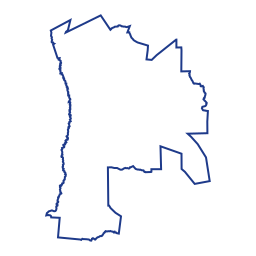 outline of Nuevo Casas Grandes, Chihuahua, Mexico
{"feature_id": "50627088B65630298438261", "entity_name": "Nuevo Casas Grandes", "entity_type": "district", "adm_level": 2, "iso_a3": "MEX", "parent_name": "Mexico", "parent_adm1": "Chihuahua", "projection": "albers", "projection_center": [-107.777, 30.506], "detail": "fine", "context": "isolated", "style": "outline", "palette": "blue", "viewbox_px": 256, "rotation_deg": 0, "n_neighbors": 0, "source": "geoboundaries", "source_scale": "gbopen_adm2", "svg_char_len": 5623}
<svg xmlns="http://www.w3.org/2000/svg" viewBox="0 0 256 256"><path d="M58.0,237.4L80.2,239.5L81.2,239.9L82.3,238.8L83.4,239.1L86.0,239.2L88.9,239.5L90.2,240.5L91.1,240.6L91.3,240.6L91.6,239.7L92.0,239.1L92.0,238.7L92.9,238.2L93.3,238.7L94.1,238.8L95.1,239.6L95.6,239.3L95.9,238.7L96.3,238.4L97.5,237.3L98.6,237.1L100.1,236.1L100.5,236.1L101.0,236.0L101.3,236.1L102.2,235.7L102.5,234.9L103.0,234.6L103.7,233.1L104.4,232.8L104.5,232.4L104.9,232.2L105.0,231.7L105.7,231.1L106.8,231.5L108.4,231.2L109.5,231.3L110.4,231.0L111.2,231.4L112.2,231.5L113.5,232.1L113.8,231.9L113.9,232.2L114.2,232.0L114.3,232.2L114.5,232.1L114.5,232.3L114.8,232.3L114.9,232.5L115.9,232.4L116.3,232.6L116.5,233.1L118.8,233.6L121.0,216.3L115.5,212.8L110.6,208.1L109.1,205.6L108.3,205.6L107.9,167.4L111.4,167.3L114.3,168.0L117.1,168.0L119.8,169.4L120.6,169.7L121.4,169.7L122.4,169.5L123.8,168.5L125.3,167.9L125.9,168.2L127.7,168.1L128.5,168.5L129.3,168.4L129.8,167.9L130.1,167.2L130.9,167.2L133.1,166.1L135.6,168.9L137.4,169.5L138.7,169.5L139.3,169.8L140.1,169.6L141.9,170.3L143.5,170.4L144.3,171.8L144.7,172.0L145.2,171.9L145.5,172.2L151.1,172.0L151.4,171.8L151.4,169.2L161.1,169.2L160.5,146.3L181.5,153.7L181.6,169.0L184.9,171.8L194.7,183.9L209.7,181.1L206.0,157.4L197.7,144.1L191.0,136.7L187.7,133.7L207.4,133.2L207.3,121.5L207.9,111.0L205.5,110.7L204.9,110.4L204.3,110.5L203.0,110.2L201.9,108.3L202.4,106.8L204.9,106.2L205.4,106.0L206.0,105.3L206.4,104.5L206.2,103.8L206.7,103.2L206.7,102.8L205.0,100.9L204.6,100.7L204.3,100.1L203.5,99.4L203.8,98.3L204.0,98.0L204.5,98.0L204.7,97.7L204.8,96.6L205.3,95.3L205.4,94.6L205.6,93.8L205.3,93.1L204.8,92.9L204.6,92.7L204.2,91.6L203.9,91.4L203.7,90.7L203.9,90.1L203.5,88.8L203.6,87.8L203.5,87.5L203.7,87.2L203.2,86.8L202.8,85.9L202.0,86.1L201.2,86.4L200.7,86.2L200.5,84.9L199.8,83.8L199.6,84.0L198.7,84.0L194.5,83.4L194.1,83.7L193.5,83.3L192.5,81.1L192.1,80.4L191.8,80.2L190.5,77.4L190.0,77.0L189.5,75.5L189.6,75.3L189.4,75.0L189.6,74.3L189.2,73.5L189.5,73.3L189.9,72.1L190.0,71.2L181.3,71.4L181.5,50.2L181.3,47.4L176.4,47.5L176.4,39.6L176.2,39.6L156.7,55.1L151.7,59.9L146.5,59.4L147.7,50.2L148.0,45.6L137.7,42.5L136.7,42.0L134.5,40.7L133.6,40.1L132.9,39.1L131.3,37.5L131.0,36.4L130.5,35.6L130.2,34.3L129.4,33.1L129.3,32.3L127.4,32.4L129.8,26.1L126.9,27.1L126.0,27.0L125.1,26.6L123.4,26.6L122.5,26.3L121.9,26.4L120.5,25.5L119.0,25.3L118.2,25.7L117.8,26.5L114.8,26.7L114.2,27.2L112.0,28.1L111.6,28.5L111.3,28.6L111.2,29.1L110.4,29.8L100.7,15.4L65.7,32.6L66.0,31.8L67.5,30.6L68.0,29.8L70.4,20.0L50.8,30.5L51.4,32.6L51.0,35.9L51.4,36.3L51.9,37.3L51.6,37.9L51.6,38.5L52.2,39.8L51.7,41.2L51.7,42.2L52.2,42.6L53.1,42.5L53.5,43.1L53.3,43.8L54.0,43.9L53.1,44.7L57.3,57.4L57.3,57.7L58.2,58.3L59.6,58.1L59.5,58.6L58.8,59.2L58.6,59.6L59.1,59.9L59.8,60.0L60.3,60.8L60.7,61.0L60.6,62.0L61.1,62.7L61.1,63.1L60.8,63.5L60.2,63.6L60.1,64.6L60.7,65.1L60.7,65.4L59.9,65.6L59.8,66.0L59.8,66.8L60.4,67.4L60.6,68.0L60.2,68.5L59.5,68.5L59.3,68.9L59.9,69.8L60.4,69.9L60.5,70.0L60.3,71.2L60.7,72.1L60.4,73.3L61.8,73.2L61.6,74.4L62.5,74.5L64.0,78.3L63.4,78.3L63.7,78.9L64.0,79.0L64.1,79.3L64.1,79.9L64.4,80.4L65.1,80.8L65.4,81.2L65.5,83.5L66.3,83.6L66.2,85.3L66.6,85.8L66.7,86.8L67.2,86.7L67.6,87.3L67.5,87.6L67.6,88.3L67.7,88.2L67.9,88.7L67.3,88.8L67.5,90.7L68.3,92.1L68.3,92.5L68.0,92.9L68.1,93.6L68.4,94.0L68.1,94.9L68.2,95.5L69.2,95.5L69.2,97.5L69.3,97.9L70.2,98.8L70.3,99.6L69.8,99.9L69.6,100.6L68.8,101.6L68.7,102.2L69.6,102.0L70.2,102.2L70.3,102.7L70.0,103.4L70.2,104.3L69.9,104.3L69.7,104.8L70.0,105.3L70.4,105.3L70.4,106.0L70.3,106.3L70.1,106.3L70.0,106.8L70.3,107.9L70.3,108.4L70.0,108.4L70.3,109.5L70.1,110.0L69.5,110.0L69.4,111.0L69.5,111.3L69.9,111.3L70.1,112.5L69.8,112.7L69.3,113.6L69.1,114.3L69.5,114.6L70.5,114.8L70.7,115.1L70.7,115.6L69.7,115.8L69.9,116.7L70.2,116.7L70.2,117.4L70.5,117.6L70.5,117.9L70.8,118.7L69.9,119.6L70.7,121.3L69.3,122.0L69.3,122.3L69.5,122.9L68.7,123.5L69.1,124.6L69.6,126.4L69.4,126.6L68.6,126.8L68.4,127.1L68.4,127.6L68.9,127.8L68.9,128.1L68.3,128.7L68.2,129.3L67.9,129.7L68.2,131.1L68.1,132.3L67.8,133.0L68.0,134.2L67.5,135.9L67.3,136.1L66.6,136.2L66.5,136.4L67.0,137.2L67.9,137.8L68.0,138.2L67.7,139.6L67.2,139.8L66.7,139.5L66.0,140.1L65.4,140.9L66.4,142.3L65.9,142.8L65.5,142.8L64.9,143.1L64.9,143.4L65.3,143.8L65.2,144.2L64.9,144.6L63.5,144.7L63.3,144.8L63.3,145.3L64.3,146.8L64.2,147.1L63.7,147.5L62.0,148.0L62.2,149.2L61.5,149.9L61.6,150.3L62.1,151.2L62.3,152.4L62.1,153.8L62.5,154.5L62.5,154.8L61.8,155.2L61.4,156.3L61.6,157.0L62.4,157.0L62.9,157.5L63.0,158.8L62.8,159.4L63.2,160.4L63.2,161.0L62.9,161.4L62.9,161.9L63.6,163.1L63.6,164.2L62.9,164.8L63.1,166.0L63.0,166.4L62.7,166.6L62.6,167.0L62.9,168.2L63.7,168.8L63.6,169.2L63.2,169.4L63.0,170.1L63.5,170.7L64.4,171.1L64.6,171.8L64.5,172.2L65.3,172.7L65.5,173.3L65.1,174.2L65.8,174.6L65.6,176.2L64.9,176.8L64.9,177.7L64.7,178.3L64.8,179.2L64.5,179.8L63.9,180.1L63.4,181.0L63.7,182.0L63.4,182.5L63.5,182.9L63.2,183.2L62.1,183.5L62.1,184.3L61.4,185.6L60.6,185.2L59.9,185.6L59.9,186.3L60.2,187.0L60.0,187.4L60.5,188.2L59.9,189.6L60.3,190.7L60.2,191.9L60.7,192.1L61.4,193.4L61.3,193.6L60.6,193.8L59.7,194.3L59.4,195.6L58.7,196.4L58.9,196.7L58.9,196.9L58.1,197.5L58.3,198.2L57.6,200.0L57.5,200.7L57.5,201.1L58.2,201.5L58.2,202.1L58.0,202.5L57.3,202.9L57.2,203.3L56.6,203.7L56.5,204.0L56.6,204.4L57.2,204.6L57.6,205.0L57.4,205.6L57.0,205.5L56.8,205.7L56.2,206.8L56.2,207.1L56.5,208.1L56.2,209.8L55.7,210.7L55.4,211.0L54.8,211.2L54.0,211.2L51.9,210.4L48.7,211.4L47.7,212.5L46.9,213.1L46.3,215.4L48.3,215.0L48.6,215.2L49.4,215.2L50.3,215.4L51.0,216.1L51.2,217.4L59.7,217.8L58.0,237.4Z" fill="none" stroke="#1e3a8a" stroke-width="2"/></svg>